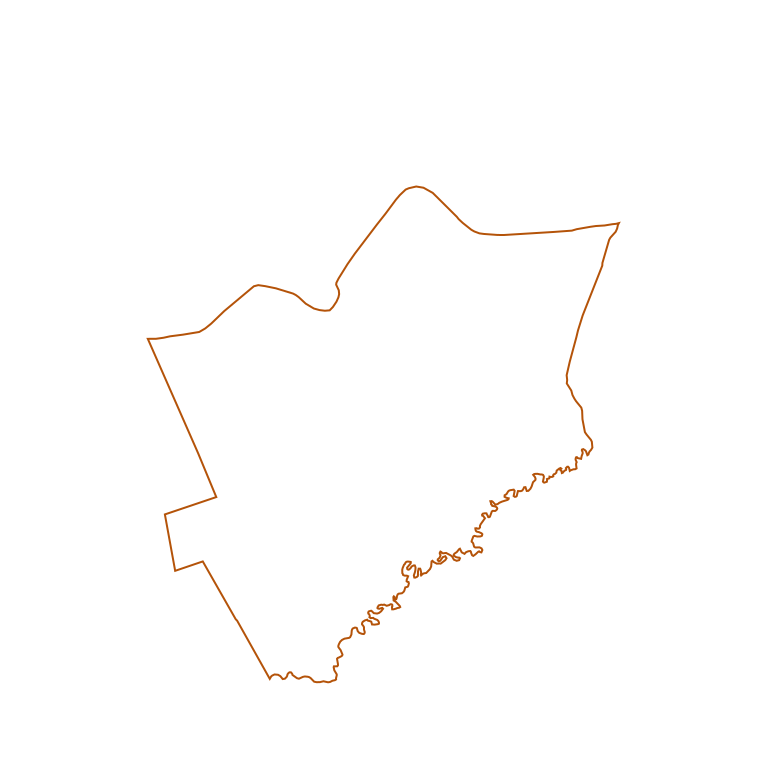 outline of Phnum Srok, Bântéay Méanchey, Cambodia, rotated 48°
{"feature_id": "14789045B65441880035509", "entity_name": "Phnum Srok", "entity_type": "district", "adm_level": 2, "iso_a3": "KHM", "parent_name": "Cambodia", "parent_adm1": "Bântéay Méanchey", "projection": "robinson", "projection_center": [103.399, 13.843], "detail": "fine", "context": "isolated", "style": "outline", "palette": "amber", "viewbox_px": 768, "rotation_deg": 48, "n_neighbors": 0, "source": "geoboundaries", "source_scale": "gbopen_adm2", "svg_char_len": 6165}
<svg xmlns="http://www.w3.org/2000/svg" viewBox="0 0 768 768"><g transform="rotate(48 384 384)"><path d="M571.5,274.2L570.7,271.7L566.0,268.2L563.9,267.6L557.2,267.3L554.2,266.9L543.0,260.1L536.5,254.7L533.6,253.2L525.4,252.8L522.2,252.3L518.3,251.3L514.2,249.2L505.9,247.8L503.6,245.2L499.7,242.4L491.7,231.0L478.0,209.8L474.0,204.0L466.0,190.5L442.1,142.6L440.2,140.7L427.5,120.2L426.7,117.8L425.9,110.0L424.5,106.8L422.3,103.7L421.6,101.8L420.3,104.3L418.1,107.3L413.8,114.0L408.4,120.8L405.3,125.4L397.9,137.2L395.7,141.8L384.6,156.1L353.5,195.2L349.2,199.9L339.3,209.4L335.9,212.3L331.1,214.8L327.8,215.9L317.0,217.7L311.4,218.2L308.6,218.0L274.6,219.9L264.6,223.3L258.8,227.9L255.1,234.6L254.0,237.8L254.2,245.8L255.0,251.8L258.4,268.7L260.8,282.7L267.6,318.4L270.5,330.9L275.2,347.2L276.9,351.6L278.2,353.1L284.1,354.9L287.2,357.2L289.1,359.9L291.0,364.2L292.6,370.5L292.9,375.1L290.0,378.9L286.0,382.4L281.0,385.6L272.0,388.4L262.2,389.3L258.9,390.0L255.9,391.1L240.6,400.3L231.8,406.8L226.4,411.3L224.3,415.3L222.9,454.1L223.5,471.9L223.1,479.7L221.7,486.5L212.8,500.4L205.4,511.1L202.1,516.9L197.9,523.1L192.4,529.3L311.2,568.5L355.8,584.3L334.3,634.1L383.1,664.2L394.6,637.4L459.6,651.6L461.6,651.5L526.7,666.2L525.8,663.4L525.9,662.1L526.6,659.7L529.2,657.3L531.8,656.5L535.5,656.7L536.7,654.8L536.5,652.2L536.0,651.1L535.2,650.0L534.9,648.6L535.0,647.2L536.0,646.1L537.8,646.1L539.0,646.7L544.4,645.5L546.1,644.4L547.4,640.2L548.4,638.5L550.6,636.5L551.7,635.8L553.4,635.3L558.5,635.1L560.5,633.6L562.7,631.1L564.4,627.9L568.2,625.2L568.9,624.2L569.4,623.3L570.0,620.9L571.3,618.6L571.5,617.3L570.5,616.5L568.9,614.1L568.1,613.4L563.5,612.5L560.9,611.0L560.3,610.2L562.5,607.6L562.3,606.5L561.3,605.6L556.8,602.8L556.6,601.7L557.0,600.8L557.8,597.8L557.8,596.7L557.3,595.9L552.7,594.3L549.2,594.0L548.2,593.4L547.2,591.7L546.2,589.0L546.1,586.4L546.8,583.8L549.3,579.8L549.5,578.6L548.4,575.9L545.6,572.9L545.0,571.8L544.8,570.8L545.5,568.7L546.3,567.9L547.2,567.5L550.1,568.9L552.4,568.9L555.0,567.5L556.3,566.3L556.2,565.3L555.5,564.3L553.1,563.2L551.3,561.6L549.6,561.2L548.0,561.2L547.1,560.4L546.5,558.9L546.9,556.4L547.9,554.2L548.9,554.4L551.4,552.8L552.1,552.5L554.7,553.8L556.6,551.9L558.4,549.2L558.7,548.1L557.8,547.3L556.2,546.8L554.8,546.9L551.8,548.4L550.6,548.5L549.0,550.6L547.6,550.9L547.0,549.9L546.3,549.5L545.3,549.1L544.2,549.3L543.2,548.6L542.8,547.6L543.5,545.9L544.1,545.1L547.5,544.9L550.0,542.7L550.8,540.9L551.0,538.2L550.4,535.1L549.2,535.1L547.9,537.9L546.9,538.7L546.1,538.8L545.6,538.1L545.0,536.1L546.1,533.8L547.5,532.6L548.0,531.5L550.6,530.4L551.8,528.0L552.0,526.6L552.9,525.7L553.6,525.6L554.7,526.4L555.0,527.3L556.9,528.7L557.8,527.7L559.0,525.3L559.4,524.0L560.4,522.4L560.6,521.2L559.5,520.8L553.5,521.0L551.3,521.7L548.6,519.6L548.4,518.8L549.2,518.7L551.7,519.7L552.1,518.9L551.3,517.4L550.6,516.8L549.5,514.6L549.6,513.5L551.5,510.7L551.6,508.6L551.2,507.2L549.4,504.3L550.5,502.1L550.2,501.0L548.8,498.9L547.5,498.3L546.7,499.0L545.7,499.2L544.6,498.0L543.0,494.7L541.7,495.3L540.1,497.0L538.6,497.6L537.8,497.1L536.9,497.0L534.3,494.8L533.2,493.2L531.7,490.0L531.7,488.7L531.2,487.7L531.1,486.5L531.5,485.6L532.4,484.6L534.1,483.2L534.9,483.8L535.2,484.6L535.9,489.7L537.0,490.5L537.7,490.5L538.5,489.9L538.7,489.0L538.5,486.8L538.1,485.8L538.3,484.7L538.8,483.1L539.5,482.5L541.4,483.3L543.2,485.1L544.4,486.7L546.2,489.9L548.1,491.0L548.8,490.4L549.4,488.5L549.3,487.2L546.0,484.1L544.4,481.8L545.4,480.7L546.3,481.0L549.1,482.6L550.4,484.3L551.1,484.5L551.1,482.1L551.5,480.9L552.7,479.1L552.3,473.7L551.2,471.1L547.7,467.4L547.8,466.3L549.6,466.2L552.8,465.0L554.7,462.7L555.4,462.1L555.9,456.3L555.3,454.1L553.0,453.7L552.0,456.2L553.0,460.5L552.4,461.8L551.1,462.1L550.3,461.4L550.3,459.1L550.0,458.2L549.0,456.5L547.4,456.1L546.7,455.4L546.3,454.2L547.4,453.8L548.5,454.0L549.5,453.2L551.1,450.9L555.7,449.2L557.6,448.8L561.3,449.6L564.0,448.3L565.2,446.0L564.3,444.1L563.3,444.3L562.7,445.0L560.9,446.3L558.3,447.0L557.5,446.4L557.2,445.2L557.6,442.4L557.0,438.7L557.2,437.8L561.1,438.9L564.1,437.8L563.9,435.5L564.7,433.3L565.9,431.6L566.9,431.7L567.9,432.3L570.2,433.1L571.5,432.7L571.8,429.9L571.7,426.3L572.0,425.3L573.2,425.1L574.3,424.3L573.2,422.0L571.4,421.5L569.4,422.3L566.5,425.6L565.2,425.9L562.2,424.4L561.1,424.2L559.8,424.4L559.1,423.6L557.1,419.7L557.3,418.5L559.8,416.7L561.9,414.2L562.3,412.7L561.4,411.4L560.2,411.4L557.7,412.5L555.7,413.9L554.9,414.0L553.7,413.6L552.4,412.7L553.1,411.7L554.2,411.2L555.0,410.2L554.8,408.6L553.6,407.6L552.9,406.0L551.3,398.8L548.3,398.6L547.5,399.1L546.7,398.5L546.5,397.3L547.6,395.5L548.7,394.4L550.1,394.9L551.4,395.0L552.2,395.6L553.2,395.2L553.5,394.1L550.9,389.2L551.0,388.1L552.7,386.4L552.9,385.2L552.8,384.0L552.4,383.2L551.5,382.8L550.4,382.9L549.4,383.3L547.0,385.1L546.2,384.8L545.1,384.9L544.4,384.3L542.3,383.4L543.1,382.3L544.3,382.0L547.9,382.0L548.9,380.8L549.4,379.1L549.4,377.9L550.4,374.9L552.8,369.7L552.9,368.5L552.4,367.8L550.6,369.1L548.5,369.9L547.4,368.8L547.8,366.7L546.9,363.6L546.9,362.6L547.3,361.4L549.3,358.3L550.8,358.4L554.0,362.6L555.4,362.3L556.0,361.4L556.1,360.4L553.2,356.1L555.2,354.0L555.7,352.5L555.3,350.8L554.5,349.0L555.3,347.9L559.0,349.5L560.0,348.2L559.8,345.2L558.9,342.8L556.7,339.0L556.6,335.7L555.9,334.8L554.3,334.1L551.3,333.9L551.4,332.7L552.1,331.6L553.4,330.1L556.0,328.2L556.9,327.2L558.0,326.6L559.6,327.0L560.3,327.7L562.9,331.2L564.0,331.2L564.6,330.8L565.6,328.4L564.5,327.0L563.7,326.5L564.7,324.3L563.6,323.0L564.3,322.6L565.5,321.3L565.9,320.0L565.0,319.4L564.7,318.3L565.2,317.3L565.2,315.3L563.9,313.6L564.1,310.4L564.6,309.0L565.4,308.9L565.1,310.3L566.3,310.6L567.1,310.1L569.2,311.4L569.6,310.4L569.3,309.2L569.3,307.4L569.7,306.3L569.1,305.4L568.2,305.1L568.1,303.2L568.7,302.5L570.2,302.6L572.9,304.1L573.1,302.8L574.2,300.2L575.3,298.9L575.6,297.4L572.4,295.2L571.4,294.1L571.0,293.1L568.5,292.3L567.4,291.2L567.0,290.2L567.4,289.6L568.6,289.7L571.5,287.6L569.8,285.3L568.5,282.8L567.4,281.9L565.9,281.5L565.2,280.8L565.7,279.5L567.8,278.9L569.1,278.9L573.0,280.5L573.2,279.3L572.3,277.9L571.7,276.4L571.5,274.2Z" fill="none" stroke="#b45309" stroke-width="2"/></g></svg>